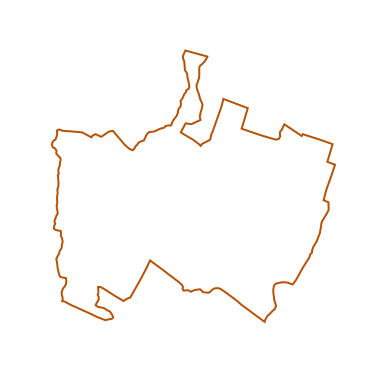 Kiambaa, Central, Kenya (orthographic projection), rotated 260°
{"feature_id": "3690345B47179274610537", "entity_name": "Kiambaa", "entity_type": "district", "adm_level": 2, "iso_a3": "KEN", "parent_name": "Kenya", "parent_adm1": "Central", "projection": "orthographic", "projection_center": [36.767, -1.165], "detail": "fine", "context": "isolated", "style": "outline", "palette": "amber", "viewbox_px": 384, "rotation_deg": 260, "n_neighbors": 0, "source": "geoboundaries", "source_scale": "gbopen_adm2", "svg_char_len": 3829}
<svg xmlns="http://www.w3.org/2000/svg" viewBox="0 0 384 384"><g transform="rotate(260 192 192)"><path d="M107.1,45.2L106.2,47.5L103.7,50.7L100.7,54.6L98.6,57.9L94.4,64.0L89.3,71.5L85.0,77.4L80.8,84.5L81.1,88.1L81.0,91.0L82.2,92.7L85.0,92.0L88.7,90.3L90.2,88.0L92.8,85.4L93.7,83.5L95.1,79.6L97.2,77.4L99.0,78.7L100.8,80.2L102.3,81.5L104.8,81.9L107.1,81.2L109.7,82.5L112.6,82.8L114.8,83.0L114.2,85.5L111.8,88.6L102.8,98.3L96.5,105.8L97.6,107.9L98.5,110.9L98.8,112.9L112.5,124.2L122.0,131.7L127.5,135.7L131.9,138.9L130.4,140.2L118.4,151.6L115.3,154.3L113.6,155.9L111.7,157.7L108.7,160.5L105.3,163.6L103.9,164.7L102.0,166.1L100.1,166.6L98.2,165.9L96.4,166.6L95.9,171.3L94.0,173.4L94.8,176.7L95.0,178.6L94.8,183.0L93.3,184.4L91.6,185.2L90.8,187.5L90.2,189.5L90.0,191.5L91.2,193.6L92.3,195.2L93.1,197.0L93.0,199.8L92.5,201.8L91.4,203.4L89.6,205.4L85.2,209.7L76.9,217.5L74.7,219.2L72.6,220.9L51.5,240.9L53.9,242.2L55.7,243.8L57.1,245.1L58.1,246.8L59.2,248.5L60.7,250.4L62.5,253.4L65.3,255.0L68.3,254.7L71.5,254.2L73.4,254.5L75.3,254.5L77.3,254.5L80.0,254.8L82.9,255.4L85.7,256.7L87.1,258.4L87.4,261.2L87.4,264.9L86.9,268.1L85.9,270.9L84.5,273.1L83.5,275.3L87.7,279.5L95.5,285.8L98.8,288.5L106.9,296.0L110.3,297.7L111.3,299.6L113.4,300.0L116.8,301.9L119.0,303.9L121.8,306.2L124.2,307.7L126.4,309.0L129.1,310.7L130.9,311.4L133.4,312.2L135.4,313.2L137.6,313.5L139.7,314.5L141.5,315.8L144.1,318.1L146.9,320.6L148.8,322.1L150.7,323.5L158.2,324.6L159.4,322.7L161.1,320.2L171.1,324.8L174.6,326.8L185.0,332.7L194.0,337.6L198.2,330.5L214.7,338.8L221.6,326.5L229.7,311.1L228.1,309.8L242.6,294.7L240.6,293.2L238.8,292.1L237.4,290.9L235.8,289.0L233.6,288.6L231.5,288.6L229.3,286.8L229.0,283.9L229.8,281.9L236.0,269.5L245.7,251.9L264.9,261.5L278.2,239.1L271.1,235.9L255.9,227.3L248.9,223.4L247.2,222.3L245.4,221.1L240.3,218.9L237.6,210.2L235.9,208.7L238.4,206.7L241.8,203.6L244.5,200.8L245.8,199.2L250.3,193.9L252.6,191.4L255.1,193.2L260.7,197.6L258.9,203.2L261.5,212.9L264.8,212.7L268.8,214.3L271.1,215.5L273.6,216.7L276.2,217.5L278.3,217.3L280.6,216.4L283.5,216.1L288.2,215.6L293.0,214.7L296.5,215.0L298.7,216.4L300.4,217.3L303.2,218.8L306.5,219.6L310.2,220.2L312.9,220.7L314.7,221.6L316.1,223.9L317.3,225.7L318.9,227.7L321.0,229.5L322.7,230.7L332.5,210.0L329.9,208.3L327.3,206.6L324.9,206.3L322.7,207.0L319.9,206.9L316.4,206.5L313.2,206.2L309.6,207.7L306.3,207.5L304.1,207.5L301.4,207.7L298.2,207.8L295.7,207.6L294.1,206.5L293.4,204.4L291.1,203.0L289.4,201.1L287.5,200.0L285.3,198.3L283.4,196.4L281.3,196.5L278.2,195.6L276.5,193.5L274.7,192.5L272.0,191.7L269.4,189.9L267.6,187.9L265.8,185.9L263.6,184.4L261.2,182.8L261.6,180.9L261.6,177.6L260.2,175.8L259.8,171.5L258.9,168.3L258.1,165.3L258.5,160.6L257.5,158.4L255.8,156.8L253.5,155.2L251.1,153.5L250.7,150.3L249.8,147.7L247.9,146.1L246.7,144.1L245.1,143.1L243.4,140.8L245.4,137.8L250.4,133.8L256.8,130.1L262.5,126.7L265.9,124.8L266.0,120.8L262.1,112.2L265.7,107.1L265.0,104.2L263.3,102.4L266.8,97.9L269.8,94.2L272.9,82.7L273.8,78.7L274.9,75.0L276.7,72.0L276.1,69.8L272.4,69.2L269.5,68.0L267.4,66.6L266.3,64.2L264.7,63.0L262.8,62.2L260.2,62.7L258.4,64.9L255.9,65.7L253.6,65.0L251.7,66.0L249.8,67.3L248.1,68.4L246.2,68.1L243.7,67.0L240.8,66.3L238.3,64.7L235.9,64.0L233.3,64.0L231.7,62.7L229.8,62.7L226.6,62.4L223.3,62.0L220.5,61.2L217.8,59.8L214.6,59.6L212.1,58.8L209.6,58.0L207.3,57.8L204.6,57.4L201.9,56.3L199.3,56.1L196.5,56.2L193.7,55.9L192.1,54.2L189.8,53.0L186.9,51.3L184.7,51.9L182.9,50.6L179.9,49.5L178.0,51.7L177.2,53.9L176.4,56.0L173.8,55.8L171.8,55.2L169.1,56.0L165.5,56.0L162.3,54.6L159.4,53.8L157.0,51.5L154.2,50.3L152.1,48.5L149.9,46.8L146.3,46.8L143.4,46.7L141.3,46.5L139.3,46.5L135.4,46.7L131.8,47.1L130.6,48.8L129.1,52.9L126.1,52.8L123.4,52.0L121.3,50.5L119.2,48.0L116.7,46.7L114.6,45.9L112.1,46.1L109.3,46.2L107.1,45.2Z" fill="none" stroke="#b45309" stroke-width="2"/></g></svg>